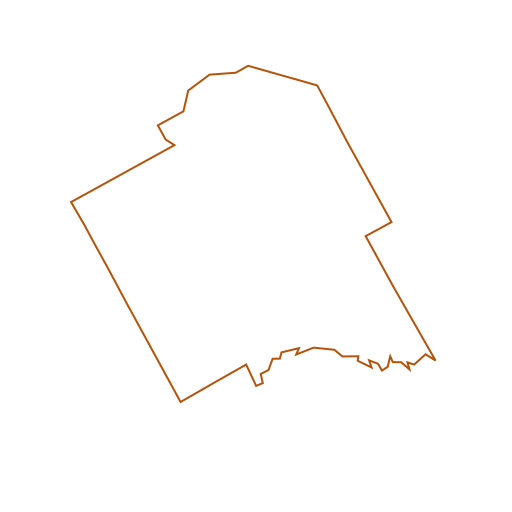 the district of Independence, Arkansas, United States of America, rotated 60°
{"feature_id": "52423323B87068688197244", "entity_name": "Independence", "entity_type": "district", "adm_level": 2, "iso_a3": "USA", "parent_name": "United States of America", "parent_adm1": "Arkansas", "projection": "natural_earth1", "projection_center": [-91.46, 35.735], "detail": "fine", "context": "isolated", "style": "outline", "palette": "amber", "viewbox_px": 512, "rotation_deg": 60, "n_neighbors": 0, "source": "geoboundaries", "source_scale": "gbopen_adm2", "svg_char_len": 759}
<svg xmlns="http://www.w3.org/2000/svg" viewBox="0 0 512 512"><g transform="rotate(60 256 256)"><path d="M116.8,389.2L143.1,389.1L162.6,389.7L195.2,390.4L230.7,391.6L344.7,394.3L344.8,353.8L345.1,318.8L368.5,320.8L369.5,313.7L360.5,310.9L361.0,302.2L353.3,293.0L356.8,286.7L352.2,282.1L357.3,264.9L361.4,270.4L364.2,251.9L376.4,235.0L386.2,231.4L394.0,217.5L397.6,220.3L410.3,211.7L402.9,210.2L410.4,204.2L418.2,204.2L417.8,197.4L410.0,189.9L416.3,190.6L420.6,183.4L430.9,179.8L423.9,178.0L429.1,173.3L425.9,158.3L436.3,152.8L351.2,152.4L293.6,151.1L294.4,121.7L203.4,120.0L161.8,118.4L138.9,117.7L87.3,167.8L87.2,181.8L75.7,205.6L78.8,231.9L94.4,246.5L93.8,275.7L110.0,276.0L119.2,271.2L116.8,389.2Z" fill="none" stroke="#b45309" stroke-width="2"/></g></svg>